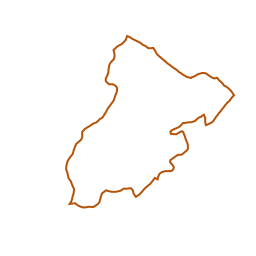 outline of Kormakitis, Cyprus, rotated 130°
{"feature_id": "46923920B82125334474321", "entity_name": "Kormakitis", "entity_type": "district", "adm_level": 2, "iso_a3": "CYP", "parent_name": "Cyprus", "parent_adm1": "", "projection": "robinson", "projection_center": [32.97, 35.339], "detail": "fine", "context": "isolated", "style": "outline", "palette": "amber", "viewbox_px": 256, "rotation_deg": 130, "n_neighbors": 0, "source": "geoboundaries", "source_scale": "gbopen_adm2", "svg_char_len": 2566}
<svg xmlns="http://www.w3.org/2000/svg" viewBox="0 0 256 256"><g transform="rotate(130 128 128)"><path d="M160.4,160.6L164.5,157.1L167.1,156.4L169.2,156.7L173.5,157.4L176.9,156.4L179.9,155.3L183.5,153.6L187.8,153.6L192.6,152.9L197.1,150.6L199.5,148.7L200.9,146.1L202.6,144.0L204.7,141.2L205.6,137.5L207.1,134.9L208.3,132.6L209.4,130.0L213.5,127.4L216.3,126.3L218.5,125.1L220.9,124.2L223.7,123.9L219.7,120.2L219.4,115.8L218.0,111.8L216.1,109.4L213.7,107.6L212.5,106.0L210.9,103.8L206.1,102.2L203.3,102.2L199.2,104.1L194.9,105.9L189.9,104.8L188.7,102.0L187.3,99.4L184.5,96.1L180.7,93.3L177.3,92.4L175.2,89.8L172.3,87.2L172.6,84.4L174.7,81.4L175.7,77.7L171.6,76.5L166.6,76.3L164.0,76.3L160.2,75.8L156.9,75.1L152.8,75.1L149.0,75.3L148.3,72.3L146.2,73.5L142.8,74.4L140.4,73.9L137.1,71.8L135.4,69.7L133.3,67.4L131.9,66.8L130.3,66.8L128.5,67.7L127.9,69.5L127.3,72.1L127.3,73.6L125.6,74.9L123.0,74.3L119.2,73.3L117.2,72.8L115.1,71.2L114.0,69.8L112.5,69.4L109.3,68.9L107.8,68.6L105.7,68.6L102.8,71.0L101.4,72.7L100.6,74.5L99.6,76.4L98.2,78.5L96.5,81.5L95.5,83.7L96.4,85.1L99.6,86.3L101.7,86.9L103.8,89.7L104.9,91.1L103.7,93.2L101.7,93.0L100.0,92.3L98.2,91.4L96.2,90.3L93.5,89.3L90.7,89.1L88.8,89.1L87.2,87.3L84.5,85.1L83.1,83.4L79.9,81.3L77.8,81.0L74.6,80.5L72.8,79.4L70.8,79.0L69.1,78.4L70.8,75.1L72.3,74.0L74.3,72.2L75.7,70.1L73.8,69.1L71.9,68.3L69.9,67.4L68.4,67.1L65.2,67.4L63.2,67.7L60.8,67.7L57.7,68.0L55.9,67.7L54.2,68.0L51.6,68.0L47.7,68.2L44.6,68.2L42.0,67.7L39.7,67.9L37.6,68.0L34.7,67.9L34.0,70.4L33.3,73.1L33.2,74.9L33.0,77.5L33.3,79.9L33.8,81.9L33.2,83.7L32.9,86.0L32.9,88.5L32.3,92.1L34.4,93.5L35.3,95.6L35.6,97.9L35.8,99.6L35.9,101.2L35.9,102.7L36.7,104.7L38.1,106.5L40.3,108.0L41.9,109.0L43.5,109.6L45.7,110.2L47.7,111.6L49.3,112.0L50.1,113.8L51.0,115.6L51.3,117.5L51.8,119.8L51.9,122.5L52.2,124.0L52.4,125.9L52.1,127.9L52.4,129.4L52.5,130.9L52.8,132.6L52.8,135.3L53.0,137.4L53.1,139.8L53.0,143.6L53.0,146.4L53.0,148.8L53.0,151.2L52.8,153.4L51.9,155.7L51.0,158.2L50.4,160.2L51.6,161.2L53.0,162.6L53.9,164.2L53.9,167.2L54.8,170.1L54.8,172.9L55.3,175.6L55.9,177.8L56.3,179.5L56.9,181.7L57.1,184.4L58.1,187.8L61.9,186.4L64.5,186.4L67.9,186.8L70.2,187.8L72.9,188.7L77.6,189.2L79.5,186.6L81.2,184.7L84.1,183.1L86.9,183.3L90.0,183.3L92.6,182.4L95.7,180.5L97.9,178.9L100.9,177.7L104.5,176.8L106.4,175.1L106.7,170.5L104.3,167.9L103.6,164.8L104.5,161.8L107.8,159.7L112.1,158.3L115.7,156.7L119.3,156.4L126.2,156.0L130.7,155.0L136.2,154.3L139.5,155.3L143.8,155.7L147.3,157.6L150.7,158.5L156.2,160.4L160.4,160.6Z" fill="none" stroke="#b45309" stroke-width="2"/></g></svg>